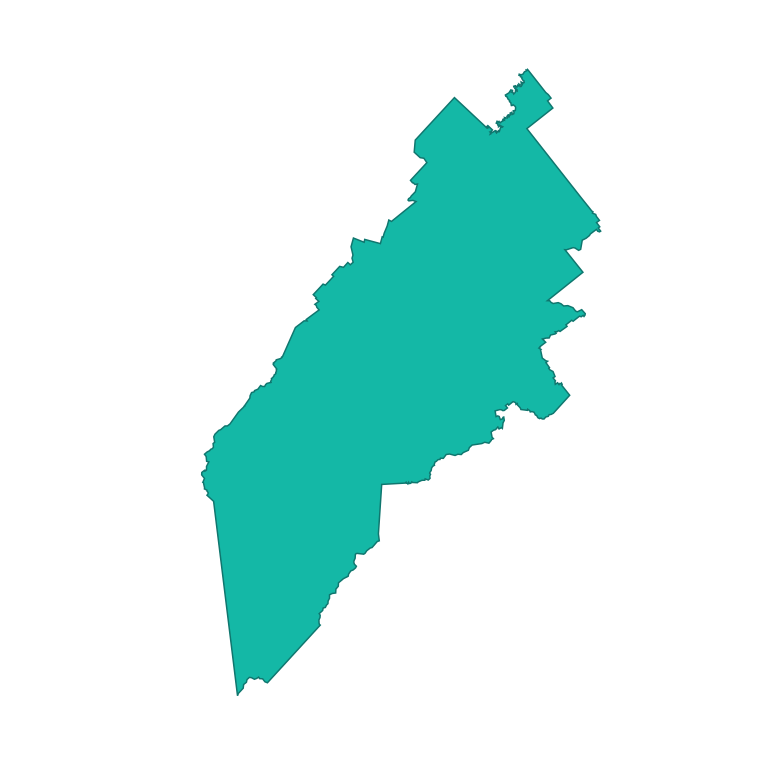 Wangaratta, Victoria, Australia (Natural Earth projection), rotated 43°
{"feature_id": "25037944B46502413321481", "entity_name": "Wangaratta", "entity_type": "district", "adm_level": 2, "iso_a3": "AUS", "parent_name": "Australia", "parent_adm1": "Victoria", "projection": "natural_earth1", "projection_center": [146.471, -36.616], "detail": "fine", "context": "isolated", "style": "filled", "palette": "teal", "viewbox_px": 768, "rotation_deg": 43, "n_neighbors": 0, "source": "geoboundaries", "source_scale": "gbopen_adm2", "svg_char_len": 6085}
<svg xmlns="http://www.w3.org/2000/svg" viewBox="0 0 768 768"><g transform="rotate(43 384 384)"><path d="M527.8,289.9L527.5,265.6L514.7,263.7L514.6,262.8L513.2,262.3L513.3,263.1L512.3,263.6L512.4,265.1L510.1,264.7L509.5,267.4L507.4,265.7L507.3,264.8L503.5,264.2L504.0,261.9L499.1,259.6L495.6,260.5L493.8,260.2L493.9,259.2L487.8,257.9L488.1,255.8L486.6,256.6L482.1,257.1L475.1,252.2L475.2,251.6L472.8,252.1L473.0,250.3L472.6,250.2L473.8,243.2L469.1,243.1L469.5,242.3L470.2,242.2L470.2,241.4L471.3,239.8L473.4,237.7L472.4,234.6L475.0,230.7L475.3,229.5L473.6,229.1L474.9,227.7L475.4,225.8L476.9,225.5L478.6,217.0L476.7,216.6L477.8,209.4L479.5,209.1L480.7,201.1L482.4,200.3L482.8,198.0L484.2,198.2L484.0,196.5L483.2,195.3L477.9,194.8L476.2,199.3L474.4,200.0L470.2,199.3L465.0,201.3L462.2,204.4L458.7,204.6L455.9,205.7L452.8,209.8L450.4,210.4L448.4,210.1L446.7,211.6L453.3,166.6L424.7,162.4L425.9,161.4L429.3,155.3L430.9,154.3L435.2,153.5L436.0,151.4L430.9,143.6L432.4,139.6L433.0,135.3L432.6,133.5L433.9,126.1L436.2,126.5L437.9,125.7L438.2,124.4L434.3,123.8L434.6,121.9L429.3,121.0L430.0,117.4L425.1,116.6L423.2,115.6L419.9,116.9L419.3,115.5L418.2,115.8L401.2,113.3L314.3,99.8L319.3,67.0L310.5,65.4L311.2,61.0L306.8,60.3L303.5,60.5L275.1,56.1L274.5,56.1L274.9,56.7L273.8,57.3L274.6,57.8L273.8,59.9L274.3,62.7L273.3,64.4L271.6,65.2L272.2,66.2L273.6,65.5L274.3,66.2L275.7,65.6L276.5,66.6L278.9,67.2L279.6,66.8L280.9,67.9L279.8,69.3L278.3,69.6L279.8,70.9L280.6,69.7L281.4,72.8L280.8,73.6L279.4,72.4L278.3,72.6L279.6,73.4L279.3,74.2L278.0,74.1L278.7,76.2L276.7,76.2L275.8,77.8L276.2,78.1L276.4,77.5L277.4,77.5L278.0,78.5L278.9,78.0L279.3,78.8L280.8,78.1L281.6,79.0L280.0,79.6L281.1,81.1L281.1,83.4L280.1,82.9L278.2,83.6L278.6,82.6L277.8,81.6L276.2,82.4L276.8,85.9L275.7,89.9L276.8,90.5L278.0,90.1L280.7,91.1L282.5,91.0L283.2,91.9L284.9,91.8L287.2,93.5L287.7,93.1L288.0,91.7L290.8,91.5L291.9,92.2L293.5,94.4L292.3,95.9L293.6,96.4L294.6,97.9L294.0,99.3L292.2,98.0L291.5,99.9L293.0,100.6L292.7,102.0L293.3,103.4L292.7,103.7L291.6,102.1L291.2,102.6L291.4,104.3L292.3,103.9L292.7,105.5L290.4,106.9L291.5,107.4L290.7,108.7L292.0,109.1L290.8,109.9L291.6,110.7L290.8,112.1L291.1,113.4L289.7,114.5L289.7,113.7L289.0,113.5L288.9,114.5L287.5,114.7L288.2,116.7L289.7,116.3L291.1,117.2L291.7,116.1L292.4,117.4L292.8,115.7L295.4,114.9L295.3,115.7L294.2,116.5L296.1,120.6L295.2,120.7L295.7,121.4L295.4,121.7L293.8,122.3L295.1,123.1L295.1,123.7L292.5,123.1L291.7,126.3L291.0,126.8L291.6,128.0L291.3,128.8L290.8,127.4L289.6,127.4L290.2,126.3L290.0,124.2L283.7,124.2L283.6,125.7L285.4,125.7L285.0,126.6L240.2,126.5L240.5,184.3L248.0,193.9L256.1,193.8L259.2,191.7L264.4,192.9L264.5,217.0L267.6,217.4L268.5,216.9L270.6,216.9L272.1,214.9L275.8,222.0L275.7,227.9L276.1,229.6L275.6,231.7L276.1,233.1L277.3,233.1L279.9,230.0L283.0,228.7L278.6,260.0L275.7,260.8L278.6,266.3L281.3,273.6L283.2,277.2L282.3,277.6L285.6,283.8L271.3,291.4L272.8,293.9L262.1,298.1L266.3,306.1L273.4,310.9L274.8,313.8L278.4,316.0L278.0,319.8L274.7,319.8L274.8,326.3L271.4,328.2L271.4,339.6L273.7,339.6L273.7,351.6L271.3,352.5L271.3,366.9L275.7,367.0L275.7,368.0L280.0,368.0L279.1,372.9L280.9,372.7L282.5,373.7L286.0,374.1L283.1,389.9L284.7,390.3L282.5,392.3L280.7,403.1L291.0,432.9L290.8,434.1L291.3,434.3L290.8,436.3L288.7,439.8L289.2,440.9L288.8,444.2L289.4,444.2L289.7,445.3L295.4,446.2L295.4,446.9L296.6,448.0L296.9,449.3L297.8,450.2L297.5,452.4L298.1,453.3L298.2,455.7L297.9,456.7L298.9,457.6L299.3,459.4L300.3,459.9L298.0,463.3L297.8,465.1L298.4,467.3L296.6,468.8L294.8,469.3L295.3,473.8L293.8,477.1L294.3,477.6L294.2,478.6L293.0,480.6L294.0,483.8L295.5,485.8L296.8,494.6L297.2,494.9L296.8,495.7L297.1,496.5L296.7,503.8L298.6,518.2L298.1,521.4L296.3,523.2L295.7,528.8L294.8,530.6L294.6,536.0L295.5,538.7L299.9,542.1L299.6,544.1L302.4,546.6L302.5,548.5L301.8,550.0L301.9,551.8L301.0,554.2L300.6,557.8L303.4,558.3L307.0,561.5L309.0,560.4L310.4,565.3L312.9,568.0L312.7,569.2L311.9,569.1L312.1,570.1L311.5,570.1L311.1,572.4L311.1,573.0L312.6,574.8L317.1,575.5L318.5,579.3L318.8,579.0L323.7,582.4L324.2,583.2L326.8,582.4L327.7,583.1L329.4,583.3L330.2,584.3L330.4,586.1L339.4,586.0L489.5,711.9L488.5,709.6L488.5,702.5L486.3,699.5L486.8,696.0L485.4,693.6L485.6,690.4L487.3,689.2L490.6,688.3L491.7,686.1L492.2,683.9L494.0,684.3L496.3,682.4L500.0,683.0L502.5,682.0L501.8,603.8L500.8,603.9L499.6,603.2L497.3,600.9L496.5,598.5L495.0,596.6L493.2,596.2L493.6,591.5L492.3,589.3L493.5,587.4L492.7,584.9L492.8,582.9L491.1,580.8L490.3,577.9L487.9,575.3L489.0,572.5L491.2,569.8L488.7,566.8L488.5,563.1L486.3,560.4L487.1,554.0L488.9,549.0L487.7,547.1L487.2,543.3L488.3,540.9L488.6,537.9L488.1,536.1L485.4,536.0L483.8,535.2L482.8,534.1L481.7,531.1L479.3,528.2L479.3,527.0L480.0,526.1L485.2,522.3L485.6,520.8L485.1,517.7L485.8,513.3L486.8,511.7L486.5,503.8L487.5,501.9L482.1,497.4L450.8,459.0L466.9,442.2L467.1,440.8L468.0,441.4L468.6,440.7L469.6,440.8L469.1,439.1L470.2,439.6L470.7,439.2L471.3,438.2L471.1,436.6L472.0,436.6L475.8,433.4L475.8,432.2L477.4,428.6L479.5,426.5L478.8,425.3L481.9,424.0L482.0,421.6L480.2,420.1L479.6,418.3L478.2,418.1L477.9,417.5L477.5,415.1L476.0,412.8L475.8,410.9L476.3,409.0L475.7,408.8L474.5,406.2L475.0,404.9L475.1,402.5L476.4,401.0L475.9,399.8L478.1,397.9L477.6,393.1L479.7,390.5L484.7,387.8L485.9,385.0L488.6,382.9L488.7,380.1L490.9,374.9L489.8,372.3L490.1,368.5L496.2,360.8L497.4,357.9L501.1,355.7L500.9,352.1L500.5,351.3L501.3,349.4L499.3,349.2L495.1,346.1L495.6,343.2L496.7,341.3L496.6,337.8L498.8,338.4L499.6,335.9L500.9,335.8L497.6,331.3L496.8,328.6L494.1,326.5L493.8,327.1L494.3,329.1L493.4,330.7L490.4,329.2L488.9,329.8L488.2,331.4L483.6,327.9L486.1,323.8L487.4,322.8L489.1,322.4L490.0,321.3L490.6,317.3L487.6,316.9L488.0,314.1L489.6,314.4L490.4,308.9L492.1,308.1L493.3,308.0L494.4,308.9L494.9,307.4L495.9,308.3L499.8,308.5L501.5,309.3L506.9,305.4L506.3,304.5L508.8,304.1L510.0,304.7L511.1,303.2L513.1,302.3L515.8,303.4L517.0,302.9L519.5,303.7L521.4,303.2L522.1,301.8L523.5,301.7L524.9,300.4L524.8,297.8L526.2,295.6L525.7,293.8L526.9,292.4L527.8,289.9Z" fill="#14b8a6" stroke="#0f766e" stroke-width="1.5"/></g></svg>